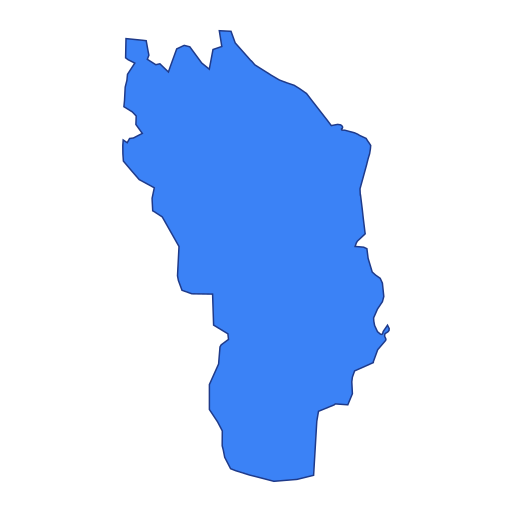 Razih, Sa`dah, Yemen (Natural Earth projection)
{"feature_id": "15242507B22437016360372", "entity_name": "Razih", "entity_type": "district", "adm_level": 2, "iso_a3": "YEM", "parent_name": "Yemen", "parent_adm1": "Sa`dah", "projection": "natural_earth1", "projection_center": [43.257, 16.923], "detail": "fine", "context": "isolated", "style": "filled", "palette": "blue", "viewbox_px": 512, "rotation_deg": 0, "n_neighbors": 0, "source": "geoboundaries", "source_scale": "gbopen_adm2", "svg_char_len": 2280}
<svg xmlns="http://www.w3.org/2000/svg" viewBox="0 0 512 512"><path d="M251.0,60.5L251.2,61.0L235.2,42.9L231.0,31.3L219.3,30.7L221.8,46.5L213.0,49.5L209.7,67.0L209.3,69.2L201.7,63.0L189.8,46.8L184.3,45.4L183.7,45.6L176.7,48.9L170.6,65.7L168.4,72.0L159.9,63.8L155.8,64.7L147.3,59.3L148.9,55.2L148.1,51.3L146.2,40.7L142.9,40.3L139.0,39.9L135.0,39.5L130.0,39.0L126.0,38.6L125.6,57.8L128.1,59.7L134.8,63.1L127.5,74.3L126.9,80.4L125.5,85.9L125.2,87.1L124.5,100.5L123.9,106.7L132.3,111.9L136.2,116.0L135.9,124.5L142.3,133.4L133.4,138.0L129.6,138.5L127.2,142.7L123.2,140.0L122.8,145.3L122.9,153.9L123.4,161.1L131.5,170.7L139.2,179.6L154.3,187.8L152.1,198.2L152.2,201.1L152.7,210.7L152.7,210.8L154.8,212.0L155.5,212.5L156.7,213.3L162.1,216.8L162.5,217.3L162.6,217.6L163.1,218.4L179.0,246.5L177.5,275.8L178.4,280.5L182.0,290.3L191.9,293.8L212.6,294.1L213.6,325.1L227.9,333.8L228.5,339.4L221.2,344.8L220.0,346.9L218.6,364.0L209.4,384.5L209.4,409.5L217.6,421.9L222.3,430.9L222.2,443.2L222.2,445.8L223.3,450.1L224.7,457.3L230.6,468.7L235.7,470.7L249.4,475.0L256.2,476.7L273.9,481.3L297.0,479.4L313.6,475.3L316.8,421.2L318.5,411.3L334.3,404.8L335.3,403.9L347.8,404.8L352.4,393.7L351.8,381.8L352.4,377.1L354.6,370.9L373.3,362.6L373.2,362.1L377.7,349.7L385.4,340.7L385.9,339.8L385.8,338.8L384.6,336.2L384.8,334.1L385.6,333.3L387.8,331.9L389.0,330.5L389.2,328.6L387.5,325.2L383.2,331.5L382.6,333.7L381.9,334.4L380.5,334.2L377.5,331.7L374.6,325.5L373.8,321.2L373.6,317.9L377.5,309.0L382.4,301.7L383.8,296.5L382.4,283.1L380.2,278.3L375.6,275.1L372.2,272.0L368.1,258.3L366.9,248.7L363.7,247.2L358.4,246.7L355.1,246.5L356.3,243.0L357.4,241.1L365.2,233.8L365.1,233.2L365.0,232.6L364.4,227.6L363.2,217.8L362.3,209.6L360.5,195.0L360.3,195.0L360.2,193.2L360.0,188.8L366.6,164.8L367.0,163.1L368.1,158.8L368.6,157.1L369.6,153.8L370.4,149.0L370.7,145.5L369.2,143.1L367.7,141.0L366.1,138.4L359.6,135.4L357.7,134.2L354.5,132.8L344.7,130.2L342.9,130.2L341.8,130.0L341.5,129.4L341.6,128.6L342.2,128.5L342.6,127.5L342.4,126.4L341.3,125.3L340.4,124.8L337.6,124.4L331.3,125.6L328.4,121.8L327.6,120.7L311.4,99.9L306.6,93.6L299.5,88.6L294.2,85.3L286.5,82.7L279.6,80.1L278.0,79.2L270.7,74.9L269.2,73.9L254.9,64.9L254.2,64.1L254.0,63.9L252.4,62.0L251.0,60.5Z" fill="#3b82f6" stroke="#1e3a8a" stroke-width="1.5"/></svg>